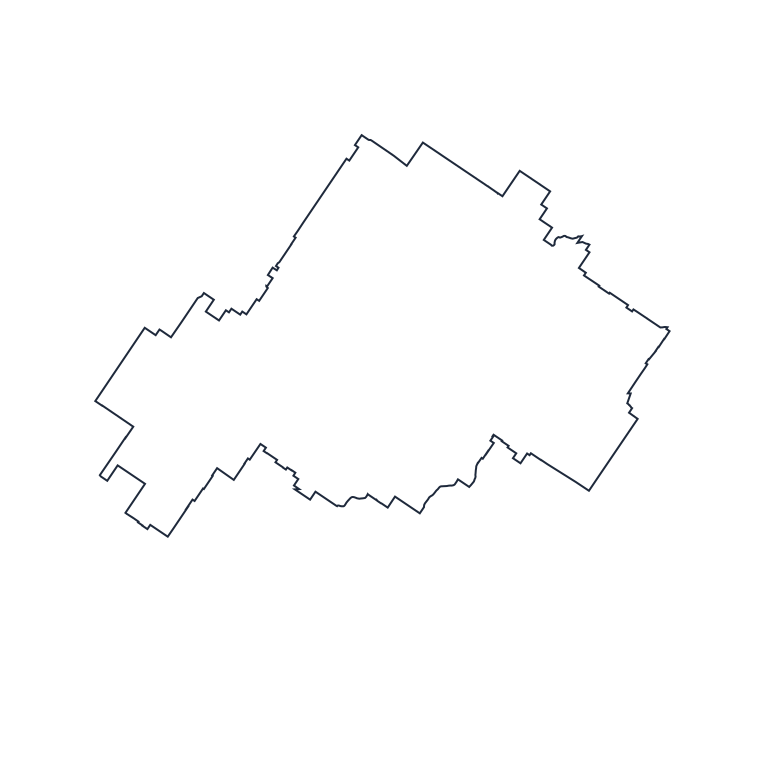 Bridgetown-Greenbushes, Western Australia, Australia, rotated 124°
{"feature_id": "25037944B12129239120455", "entity_name": "Bridgetown-Greenbushes", "entity_type": "district", "adm_level": 2, "iso_a3": "AUS", "parent_name": "Australia", "parent_adm1": "Western Australia", "projection": "mercator", "projection_center": [116.17, -33.991], "detail": "fine", "context": "isolated", "style": "outline", "palette": "slate", "viewbox_px": 768, "rotation_deg": 124, "n_neighbors": 0, "source": "geoboundaries", "source_scale": "gbopen_adm2", "svg_char_len": 5842}
<svg xmlns="http://www.w3.org/2000/svg" viewBox="0 0 768 768"><g transform="rotate(124 384 384)"><path d="M357.9,154.4L342.2,154.4L271.1,154.2L270.8,164.8L265.3,164.8L265.3,165.4L265.3,165.7L265.0,166.4L264.8,166.7L264.7,167.3L264.5,168.0L264.3,168.3L264.4,168.6L264.4,169.0L264.2,169.3L264.0,170.6L264.0,171.2L264.0,171.5L253.9,174.2L255.4,176.6L241.8,176.7L232.2,176.7L224.4,176.6L220.4,176.7L220.5,178.6L215.4,178.6L215.4,178.1L204.8,177.1L204.8,177.3L199.8,177.3L199.8,176.9L190.0,177.0L190.0,176.7L180.5,176.8L180.5,180.7L178.4,180.7L179.4,182.6L179.8,183.2L181.1,184.6L181.4,184.9L181.8,185.4L182.4,186.3L182.6,186.5L182.6,213.9L182.7,218.9L185.1,218.9L185.1,225.8L182.1,225.8L182.1,247.9L183.2,247.9L183.2,260.5L182.1,260.5L182.2,278.9L178.9,278.9L178.8,287.3L159.9,287.3L159.9,291.6L153.6,291.6L153.8,293.1L154.7,295.1L155.3,298.8L158.0,301.7L158.9,302.6L151.4,302.6L150.7,302.6L151.2,303.0L151.8,303.7L152.0,304.0L152.3,304.3L152.4,304.5L152.6,304.7L152.7,304.8L152.9,305.3L153.0,305.4L153.0,305.5L153.4,305.7L153.5,305.7L154.1,305.7L154.3,305.8L154.6,305.9L154.9,306.0L155.1,306.2L155.4,306.5L156.4,307.4L157.2,308.1L158.0,308.8L158.1,309.0L158.3,309.5L158.8,310.8L159.1,312.1L159.4,313.1L159.7,314.1L159.9,314.4L160.0,314.7L160.0,314.9L160.0,315.5L159.9,315.9L159.8,316.2L159.9,316.5L160.2,317.1L160.6,317.6L161.0,317.9L161.7,318.2L162.4,318.6L163.4,319.3L164.0,319.7L164.2,320.0L164.3,320.3L164.5,321.1L164.5,321.3L164.7,321.5L165.0,321.7L165.6,322.0L166.6,322.3L167.6,322.5L168.1,322.5L168.8,322.5L169.8,322.3L170.1,322.2L170.5,322.0L171.2,321.8L171.6,321.5L172.0,321.3L172.6,320.8L172.8,320.7L173.4,320.7L173.9,320.8L174.7,321.1L175.1,321.6L175.5,322.3L175.2,323.4L175.2,332.1L160.4,332.1L160.4,347.1L147.3,347.1L147.3,354.0L131.4,354.0L131.4,390.7L162.1,390.8L162.1,392.0L162.1,396.6L162.3,396.6L162.2,396.8L162.2,397.0L162.2,397.4L162.2,397.7L162.2,397.9L162.2,398.0L162.2,398.4L162.2,398.6L162.1,399.1L162.1,399.4L162.2,399.8L162.2,400.0L162.2,400.3L162.1,400.7L162.1,400.9L162.1,401.1L162.1,401.6L162.1,401.8L162.1,402.0L162.1,402.3L162.1,403.1L162.1,403.5L162.1,404.3L162.1,404.8L162.1,405.1L162.0,405.4L162.0,405.6L162.1,406.3L162.1,406.5L162.1,406.8L162.0,407.2L162.0,407.4L162.0,407.8L161.9,408.0L162.0,408.4L162.1,408.5L162.1,486.8L181.8,487.0L190.4,487.1L189.3,503.5L189.1,529.8L189.2,531.6L189.5,532.0L189.7,532.3L189.8,532.5L190.1,533.0L190.2,533.4L190.2,541.7L202.2,541.7L202.2,537.7L218.2,537.7L218.2,541.1L295.5,541.2L305.4,541.1L310.7,541.2L312.1,541.2L312.1,539.1L320.0,539.1L320.0,538.9L341.6,538.9L343.3,539.6L346.6,539.5L346.6,536.5L349.7,536.4L349.8,541.4L358.6,541.2L358.5,535.5L368.2,535.5L368.5,536.3L368.5,536.5L368.7,536.4L369.2,535.5L369.4,534.0L384.9,534.0L384.9,537.0L392.5,537.0L403.2,537.0L403.2,542.0L406.9,542.0L406.9,552.6L411.3,552.6L411.3,556.3L423.6,556.3L423.6,572.2L409.3,572.2L409.3,584.2L413.2,584.2L416.9,586.5L446.5,586.5L464.4,586.7L464.3,598.4L464.4,600.6L471.2,600.6L471.2,605.4L471.2,606.4L471.2,613.8L559.6,613.8L559.6,605.6L559.4,605.6L559.6,568.0L572.0,568.1L571.7,568.3L571.4,568.4L589.9,568.4L618.5,568.6L619.0,567.1L619.0,559.3L600.4,559.3L600.4,526.3L635.4,526.3L635.5,524.6L635.3,516.6L635.4,510.6L636.3,510.6L636.3,505.2L636.6,505.2L636.6,499.0L634.1,499.0L632.8,499.0L631.5,499.0L631.5,493.1L631.5,485.4L631.5,485.0L631.5,483.8L631.5,477.9L621.6,477.8L596.7,477.8L597.1,478.1L586.9,478.1L586.9,475.6L571.8,475.6L571.8,474.6L556.0,474.6L556.0,475.3L547.1,475.3L547.5,454.9L528.1,454.9L528.1,455.2L521.8,455.2L521.8,453.0L502.8,452.9L502.8,446.3L506.9,446.3L506.9,442.5L506.7,442.4L506.7,430.2L509.6,430.2L509.6,421.3L509.8,421.1L509.8,417.5L507.3,417.5L507.3,412.4L507.1,412.4L507.1,407.9L510.7,407.8L510.7,403.9L510.7,401.9L518.5,401.9L518.6,395.6L521.2,399.0L521.2,380.6L511.6,380.6L511.6,355.5L511.5,354.6L511.0,354.6L510.6,354.3L510.3,353.9L510.0,353.5L509.9,353.1L509.8,352.6L509.6,352.0L509.4,351.4L509.3,351.1L509.1,350.9L508.8,350.4L508.6,350.1L508.4,349.7L508.0,349.2L507.7,349.0L507.2,348.8L506.6,348.7L506.4,348.7L505.4,348.7L503.9,348.8L503.0,348.8L502.1,348.7L501.0,348.6L499.1,348.3L497.2,348.0L496.4,347.7L495.8,347.4L495.3,346.9L494.8,346.1L494.6,345.6L494.4,345.0L494.1,343.8L493.9,343.0L493.9,342.6L492.9,340.3L491.9,339.2L491.5,338.7L490.5,337.5L489.5,336.4L489.1,336.1L488.9,335.9L488.7,335.9L487.8,335.7L486.1,335.7L485.1,335.8L484.4,335.9L484.5,335.6L484.5,325.3L484.2,325.3L484.5,324.4L484.6,324.2L484.6,320.9L484.6,319.7L484.4,319.4L484.4,311.8L471.2,311.9L471.2,282.0L464.1,282.0L463.7,282.0L463.3,282.3L462.5,282.7L461.9,283.0L461.3,283.2L460.7,283.2L460.2,283.3L459.9,283.3L458.3,283.2L456.9,283.1L455.4,283.0L454.6,283.0L453.3,283.1L452.6,283.1L452.0,282.9L451.3,282.7L450.4,282.3L449.2,281.7L448.4,281.5L448.0,281.4L447.1,281.3L445.9,281.2L444.4,281.1L444.2,281.1L443.9,281.1L443.0,281.0L442.5,280.9L441.4,280.6L440.7,280.5L439.2,280.4L438.5,280.3L437.9,280.1L437.5,279.9L437.1,279.6L436.8,279.3L433.8,275.3L433.4,274.8L432.5,273.9L432.2,273.6L431.6,272.9L431.0,272.1L430.7,271.5L429.9,270.6L429.4,270.1L429.0,269.8L428.5,269.5L428.0,269.3L427.5,269.2L427.0,269.2L426.2,269.2L425.1,269.2L424.0,269.2L423.0,269.3L422.3,269.3L421.9,269.4L421.7,269.4L421.7,257.5L421.7,255.8L420.8,255.7L420.4,255.6L419.1,255.4L415.1,255.0L414.7,255.0L414.4,255.0L414.0,255.1L413.2,255.3L412.4,255.6L411.3,255.7L410.9,255.8L410.3,256.0L409.9,256.2L409.4,256.4L409.1,256.7L408.4,257.3L407.9,257.6L407.1,258.0L404.1,259.7L402.2,260.6L400.8,261.4L400.2,261.6L399.6,261.7L398.5,261.9L397.7,262.0L397.2,262.1L397.2,261.9L390.7,261.8L390.7,260.3L383.0,260.3L383.3,260.1L371.5,260.0L371.5,264.1L366.8,264.1L366.8,264.8L364.8,264.8L364.8,254.4L365.6,254.4L365.6,246.1L367.5,246.1L367.5,235.6L373.4,235.6L373.4,226.5L361.6,226.5L361.6,223.5L359.3,223.5L359.3,211.3L359.1,211.3L359.1,203.6L358.0,170.2L357.9,154.4Z" fill="none" stroke="#1e293b" stroke-width="2"/></g></svg>